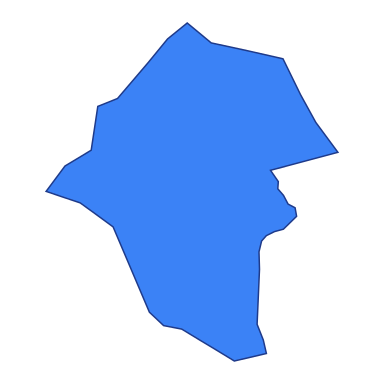 Lielvardes, Albers equal-area conic projection
{"feature_id": "LVA-5769", "entity_name": "Lielvardes", "entity_type": "Municipality", "adm_level": 1, "iso_a3": "LVA", "parent_name": "Latvia", "parent_adm1": "", "projection": "albers", "projection_center": [24.97, 56.715], "detail": "fine", "context": "isolated", "style": "filled", "palette": "blue", "viewbox_px": 384, "rotation_deg": 0, "n_neighbors": 0, "source": "natural_earth", "source_scale": "10m", "svg_char_len": 621}
<svg xmlns="http://www.w3.org/2000/svg" viewBox="0 0 384 384"><path d="M337.9,152.3L270.5,170.3L278.3,181.6L277.8,188.8L283.5,195.4L288.1,204.1L295.1,207.8L296.6,216.3L283.4,229.2L274.5,231.6L266.4,235.6L261.6,241.0L259.0,251.8L259.5,269.3L257.1,324.3L263.3,340.0L266.4,353.5L234.3,361.0L218.1,351.1L200.3,340.4L181.7,329.1L163.6,325.6L149.4,312.2L122.9,249.9L113.1,226.9L97.7,215.6L80.2,202.9L63.8,197.4L46.1,191.4L65.0,166.0L91.2,150.2L97.8,106.4L117.5,98.5L148.0,62.8L167.6,38.9L187.2,23.0L211.2,42.9L248.2,50.9L283.0,58.8L300.5,94.6L315.8,122.4L337.9,152.3Z" fill="#3b82f6" stroke="#1e3a8a" stroke-width="1.5"/></svg>